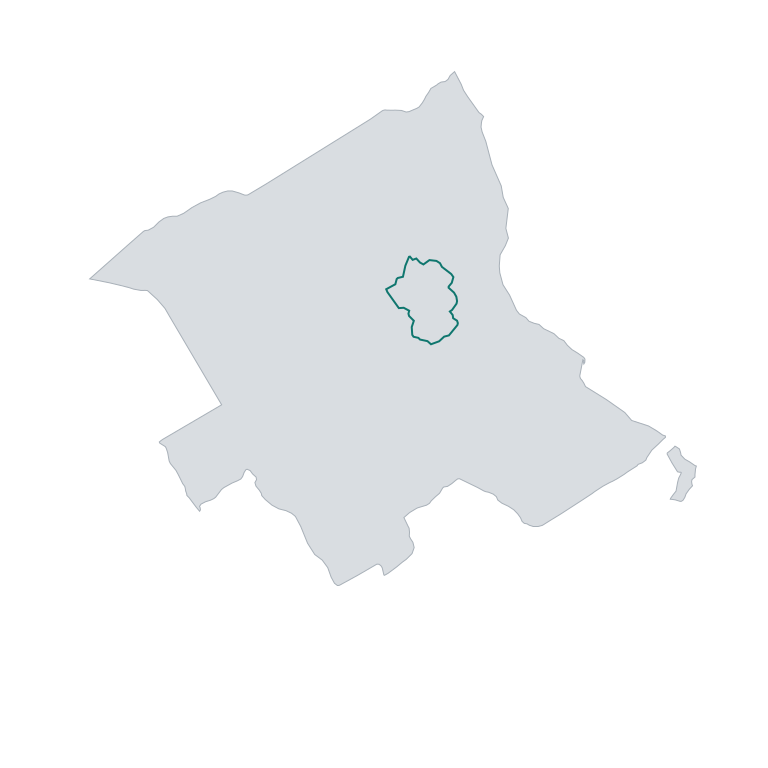 where Huambo sits in Angola, rotated 148°
{"feature_id": "AGO-1890", "entity_name": "Huambo", "entity_type": "Province", "adm_level": 1, "iso_a3": "AGO", "parent_name": "Angola", "parent_adm1": "", "projection": "orthographic", "projection_center": [15.812, -12.604], "detail": "coarse", "context": "in_parent", "style": "outline", "palette": "teal", "viewbox_px": 768, "rotation_deg": 148, "n_neighbors": 0, "source": "natural_earth", "source_scale": "10m", "svg_char_len": 4429}
<svg xmlns="http://www.w3.org/2000/svg" viewBox="0 0 768 768"><g transform="rotate(148 384 384)"><path d="M607.8,373.8L608.5,378.8L609.1,385.7L609.5,390.7L610.0,392.9L610.2,394.1L609.5,395.4L608.9,398.3L607.8,400.9L607.2,402.8L607.5,406.1L606.5,416.1L606.2,421.0L607.3,429.8L607.0,432.5L603.8,440.5L602.8,444.6L602.6,446.7L605.5,452.7L605.3,453.9L602.9,454.2L600.9,454.3L532.7,452.4L530.0,555.4L529.7,564.2L531.5,575.8L535.1,588.6L536.7,589.8L540.6,592.2L546.0,597.1L549.0,600.7L555.1,607.1L563.2,615.3L577.9,629.1L526.7,637.7L507.1,640.9L505.4,640.8L502.5,639.4L496.3,639.0L488.9,640.7L483.0,641.1L478.7,640.2L474.6,638.4L470.5,635.9L463.4,634.9L453.2,635.4L443.4,634.8L434.0,633.0L427.3,632.3L423.2,632.6L418.9,632.0L414.2,630.5L410.4,628.1L405.8,623.0L402.2,618.2L401.3,617.5L400.1,616.8L399.0,616.5L378.7,616.1L255.1,615.8L240.8,616.6L239.7,616.5L237.9,615.9L236.7,614.9L232.6,612.2L229.1,610.1L224.2,606.7L221.1,602.9L218.4,601.7L213.8,601.0L210.3,600.4L207.5,600.3L202.5,602.1L198.8,604.0L196.1,605.7L191.5,607.7L187.6,609.8L180.8,609.6L179.3,609.9L175.6,609.8L171.9,608.1L168.3,608.4L164.3,610.6L158.6,611.5L159.7,597.3L160.9,590.9L160.8,583.4L159.6,563.8L158.5,561.2L157.8,558.0L161.4,555.6L163.1,553.7L165.6,550.4L167.2,545.8L169.1,535.8L176.3,512.6L179.6,489.9L184.0,479.1L185.6,467.0L198.2,451.4L201.2,441.8L207.8,437.0L217.1,432.0L223.7,423.0L226.9,416.9L230.5,405.1L230.4,392.8L232.6,376.3L232.1,371.6L228.5,365.1L227.8,360.4L224.5,355.9L221.0,352.4L219.3,346.3L213.2,336.6L211.5,330.1L208.5,325.4L208.0,319.7L206.4,313.6L203.4,307.6L200.5,300.7L200.4,298.6L202.2,296.0L203.9,295.1L203.4,296.4L202.2,298.0L202.5,299.2L213.8,287.0L214.5,284.6L214.1,282.0L214.1,278.7L214.5,275.0L203.6,252.8L194.9,232.2L193.3,221.8L181.9,208.2L177.4,199.4L174.8,193.1L172.9,190.8L173.6,189.6L176.5,189.2L183.0,187.7L191.9,186.0L200.1,182.3L202.3,180.7L206.7,180.3L211.1,181.2L212.8,180.5L213.7,180.5L224.2,180.4L228.5,180.1L236.6,180.1L241.7,180.4L244.6,180.8L252.4,181.3L262.2,181.1L265.6,180.8L278.4,180.5L302.4,180.1L315.0,180.2L324.6,180.2L328.9,181.5L332.9,184.0L334.7,186.2L335.6,187.2L336.8,189.6L338.9,191.5L339.7,194.4L339.1,198.3L339.4,203.0L340.6,208.6L343.3,214.4L347.2,220.5L349.0,225.3L348.4,228.9L349.7,232.7L352.6,236.7L354.8,238.8L356.0,240.4L359.4,246.5L370.2,263.7L371.9,264.5L374.3,264.3L379.3,263.6L384.4,263.5L387.9,265.0L389.4,264.7L394.8,261.9L400.2,261.1L405.8,259.9L408.7,258.7L412.1,258.7L421.3,261.2L423.0,261.3L430.4,261.4L437.9,260.2L439.0,250.4L439.1,248.5L440.9,244.8L443.2,241.6L443.5,238.6L443.4,234.4L445.1,229.3L450.1,225.3L458.2,223.5L462.8,223.2L470.0,222.2L481.0,221.3L485.0,221.5L485.3,222.1L482.9,229.1L482.9,231.4L483.7,233.7L485.5,235.0L507.3,235.7L528.3,236.9L529.4,237.3L530.3,237.8L531.6,241.3L531.2,248.1L529.0,258.1L529.7,267.4L533.1,276.1L533.2,289.4L530.1,307.3L529.3,318.6L530.9,323.4L534.2,328.5L539.3,333.8L543.2,340.6L545.9,348.9L546.8,354.1L546.0,356.3L546.0,360.0L546.7,365.3L545.7,368.8L542.8,370.4L541.8,372.8L543.1,377.4L543.4,381.5L545.3,384.3L546.6,384.5L549.5,383.1L553.0,380.4L555.8,379.3L559.7,379.6L565.2,380.5L574.8,381.0L577.8,380.6L586.8,377.2L589.2,377.0L592.7,377.4L597.7,378.7L602.8,379.1L605.3,378.0L605.5,376.5L606.4,374.5L607.8,373.8ZM202.3,134.5L201.7,135.1L197.6,136.8L193.1,138.4L187.3,144.8L184.4,147.6L183.5,148.3L180.9,149.8L178.9,151.2L179.0,151.9L180.3,152.7L181.6,154.0L181.6,164.4L181.0,174.6L180.3,175.4L176.6,175.8L171.7,176.6L170.2,177.1L169.6,176.1L167.9,172.4L168.8,168.8L169.8,166.2L168.7,160.8L166.1,156.0L163.5,150.0L162.6,148.9L164.8,146.9L168.2,142.5L169.6,140.3L173.5,139.7L174.9,138.2L176.0,135.7L176.3,134.2L180.7,133.0L186.0,130.8L188.9,128.5L191.9,127.0L193.8,126.9L195.0,127.5L198.4,131.4L201.3,133.9L202.3,134.5Z" fill="#d9dde1" stroke="#a8b0b8" stroke-width="1"/><path d="M303.2,390.8L307.9,392.3L314.6,391.0L323.1,392.8L324.4,397.3L329.9,402.6L330.4,404.9L333.9,408.4L334.0,410.7L330.3,417.6L325.2,421.8L326.7,428.4L326.0,430.7L323.8,432.8L326.9,438.2L331.2,440.5L332.4,460.1L331.9,463.2L321.5,462.6L317.6,466.3L316.1,466.6L311.1,464.9L303.2,473.0L295.4,478.6L294.5,478.3L293.9,474.1L290.1,473.3L289.1,467.9L287.2,464.5L279.8,465.0L274.3,460.6L272.5,456.8L272.8,452.6L268.7,441.6L268.5,437.9L272.9,433.9L277.5,432.4L278.2,431.4L276.2,424.4L276.4,419.7L278.1,415.6L279.9,413.7L287.1,410.7L289.7,410.6L289.2,406.1L290.5,403.1L288.5,399.0L289.1,396.5L290.5,395.1L303.2,390.8Z" fill="none" stroke="#0f766e" stroke-width="2"/></g></svg>